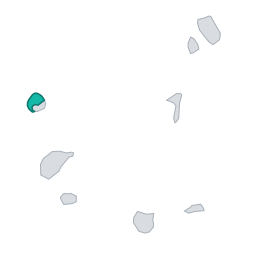 where São Filipe sits in Cabo Verde, rotated 86°
{"feature_id": "CPV-5042", "entity_name": "São Filipe", "entity_type": "state/province", "adm_level": 1, "iso_a3": "CPV", "parent_name": "Cabo Verde", "parent_adm1": "", "projection": "albers", "projection_center": [-24.4, 14.921], "detail": "fine", "context": "in_parent", "style": "filled", "palette": "teal", "viewbox_px": 256, "rotation_deg": 86, "n_neighbors": 0, "source": "natural_earth", "source_scale": "10m", "svg_char_len": 1485}
<svg xmlns="http://www.w3.org/2000/svg" viewBox="0 0 256 256"><g transform="rotate(86 128 128)"><path d="M173.5,210.7L168.7,218.3L158.1,217.8L152.6,214.6L146.2,205.1L146.4,197.6L148.6,191.2L148.2,185.6L149.1,184.1L152.3,185.1L152.9,188.9L162.6,198.0L166.2,199.8L173.5,210.7ZM35.6,49.7L27.9,51.4L24.6,50.6L23.5,43.9L22.0,39.6L22.4,37.7L40.2,29.2L46.4,30.6L50.8,37.4L47.8,41.2L35.6,49.7ZM215.1,108.3L221.8,109.8L224.3,109.2L228.5,109.5L233.1,113.9L234.0,118.5L231.8,124.3L223.0,129.1L217.9,128.6L211.9,124.3L215.3,115.7L215.1,108.3ZM104.2,223.4L97.9,226.6L93.6,225.2L89.4,222.0L87.4,217.2L89.1,213.1L97.5,208.3L102.5,209.9L105.2,217.4L104.2,223.4ZM121.7,76.7L125.0,79.1L126.1,80.9L121.2,81.8L109.3,78.6L106.2,80.6L103.0,87.5L97.0,77.1L97.4,73.2L98.7,72.1L107.1,74.9L121.7,76.7ZM194.5,199.9L192.3,200.2L188.9,196.5L189.6,191.3L189.2,189.9L192.2,184.4L198.0,184.8L199.5,188.9L199.8,197.4L194.5,199.9ZM58.1,60.4L51.5,62.4L47.5,62.1L41.7,59.2L43.5,56.0L49.8,52.5L54.2,51.8L57.7,58.1L58.1,60.4ZM217.2,73.3L214.7,77.5L211.5,71.3L209.8,69.8L209.0,60.9L213.6,58.2L215.8,57.9L215.9,67.2L217.2,73.3Z" fill="#d9dde1" stroke="#a8b0b8" stroke-width="1"/><path d="M105.0,220.2L105.4,221.1L105.4,222.1L104.9,222.9L102.1,225.5L98.7,226.8L95.6,226.4L92.9,225.0L88.3,221.1L87.2,219.5L86.7,217.8L87.1,216.1L88.3,214.1L89.7,212.3L91.6,210.9L94.4,209.4L96.3,212.3L98.9,216.1L98.5,217.5L98.2,219.1L98.9,221.0L100.6,222.3L103.2,222.1L105.0,220.2Z" fill="#14b8a6" stroke="#0f766e" stroke-width="1.5"/></g></svg>